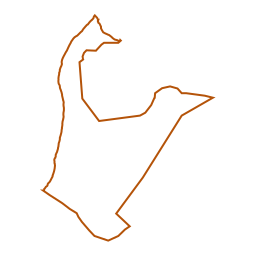 the district of Malgretoute, Soufrière, Saint Lucia
{"feature_id": "8701671B92996832063401", "entity_name": "Malgretoute", "entity_type": "district", "adm_level": 2, "iso_a3": "LCA", "parent_name": "Saint Lucia", "parent_adm1": "Soufrière", "projection": "albers", "projection_center": [-61.062, 13.843], "detail": "fine", "context": "isolated", "style": "outline", "palette": "amber", "viewbox_px": 256, "rotation_deg": 0, "n_neighbors": 0, "source": "geoboundaries", "source_scale": "gbopen_adm2", "svg_char_len": 3421}
<svg xmlns="http://www.w3.org/2000/svg" viewBox="0 0 256 256"><path d="M83.1,59.5L83.0,59.3L82.6,56.5L84.0,52.9L86.5,50.3L95.9,50.7L101.5,44.6L104.0,42.8L114.5,42.8L118.3,42.8L120.8,40.6L120.2,40.0L120.1,40.3L119.5,41.4L117.7,40.4L117.3,40.2L116.5,40.0L114.6,39.5L112.7,38.1L111.5,36.9L110.6,36.2L109.2,35.1L108.1,34.7L107.3,34.3L106.0,33.7L105.6,33.6L103.2,32.3L102.4,30.9L102.1,30.5L101.0,28.3L101.0,26.7L99.5,23.6L98.8,23.1L98.3,22.7L98.0,20.8L98.1,20.5L97.9,20.6L97.9,20.1L97.8,19.1L97.0,17.7L94.8,15.4L94.4,15.9L94.2,16.1L94.0,16.5L93.8,16.8L93.7,17.2L93.6,17.6L93.5,18.1L93.3,18.3L92.9,18.9L92.4,19.4L92.0,19.9L91.8,19.9L91.2,20.5L90.9,20.8L90.6,21.1L90.1,21.5L89.8,22.0L89.4,22.3L89.0,22.9L88.7,23.3L88.3,23.8L88.0,24.2L87.9,24.4L87.7,24.5L87.4,24.6L87.2,24.7L87.0,24.9L86.6,25.2L86.3,25.6L86.0,26.0L85.6,26.3L85.3,26.7L84.8,27.3L84.5,27.7L83.9,28.3L83.3,29.1L82.9,29.6L82.7,30.0L82.1,31.0L81.8,31.3L80.9,32.0L79.9,33.0L79.2,33.7L78.2,34.7L77.5,35.4L77.0,35.8L76.0,36.3L75.3,36.8L74.5,37.3L74.0,37.9L73.4,38.5L72.7,39.5L72.1,40.4L71.5,41.2L70.9,42.3L70.7,42.9L69.6,44.8L68.9,46.2L68.1,47.9L66.9,50.6L66.2,51.6L65.4,53.0L64.9,54.0L63.9,55.8L62.9,57.8L62.2,59.5L61.9,60.6L61.7,61.7L61.7,62.6L61.9,63.8L61.9,64.2L61.6,65.1L61.5,65.5L61.2,66.2L60.5,67.6L60.0,69.2L59.8,69.7L59.8,70.9L59.7,71.4L59.4,72.3L59.2,72.6L59.2,73.4L59.1,73.9L59.1,74.7L59.0,75.1L58.8,75.7L58.6,76.9L58.6,77.3L58.4,78.1L58.5,78.7L58.5,79.6L58.5,79.9L58.4,80.4L58.4,81.0L58.4,81.7L58.5,82.5L58.7,83.7L59.1,84.4L59.5,85.0L59.6,85.3L59.8,86.0L59.9,87.5L60.1,88.3L60.2,88.7L60.5,89.3L60.7,89.9L60.9,90.2L60.9,90.6L61.2,91.3L61.6,92.5L61.8,93.5L62.0,94.1L62.1,94.9L62.1,95.2L62.1,95.7L62.3,96.5L62.9,99.0L63.0,99.8L63.2,100.1L63.2,100.5L63.4,100.9L63.5,101.4L63.6,101.8L63.7,102.5L63.6,103.2L63.5,104.1L63.5,104.8L63.5,105.3L63.6,105.9L63.6,106.3L63.8,107.1L63.9,108.3L63.9,109.1L63.9,110.0L63.8,111.0L63.7,111.5L63.5,112.5L63.4,113.9L63.4,114.8L63.5,115.8L63.6,116.6L63.5,117.3L63.5,117.8L63.2,118.8L63.2,119.2L62.8,120.6L62.5,121.9L62.4,123.3L62.3,123.7L62.4,124.5L62.3,125.5L62.1,126.8L61.9,127.9L62.0,128.1L61.9,128.7L61.7,129.7L61.6,130.0L61.6,130.6L61.5,131.8L61.2,133.2L60.8,134.6L60.6,135.5L60.2,136.6L59.8,138.0L59.9,139.0L59.7,140.1L59.4,141.4L58.9,142.8L58.7,143.3L58.7,144.1L58.5,145.2L58.5,146.0L58.3,146.8L58.1,147.6L58.0,147.9L58.0,148.5L57.9,149.0L57.7,149.6L57.7,149.8L57.4,150.5L57.2,151.4L57.1,151.8L56.3,153.4L56.2,153.8L55.8,154.5L55.7,155.3L55.7,156.3L55.7,156.6L55.4,157.3L55.3,157.8L54.9,158.1L54.6,158.7L54.4,159.3L54.3,159.6L54.3,160.3L54.5,161.2L54.5,162.1L54.5,162.8L54.5,163.2L54.8,163.7L54.8,164.2L55.0,165.8L54.9,166.4L54.8,167.0L54.7,168.2L54.5,169.2L54.2,170.7L53.9,171.8L53.4,173.4L52.9,174.8L52.6,175.5L52.7,175.8L52.6,176.2L52.3,177.1L51.9,177.7L51.3,178.9L50.5,180.5L50.1,181.2L49.8,181.7L49.1,182.5L48.2,183.3L48.0,183.6L47.7,184.2L47.6,184.8L47.4,185.6L47.0,186.1L46.5,186.4L45.8,186.9L45.6,187.3L45.2,187.9L44.8,188.4L44.5,188.7L44.2,189.0L44.2,189.5L44.1,190.0L43.7,190.5L43.1,190.5L49.4,194.9L62.3,203.2L69.7,208.9L76.7,213.2L78.4,216.9L81.9,221.9L89.3,230.5L94.5,236.0L95.2,236.2L108.2,240.6L118.3,236.0L125.0,229.5L129.7,226.3L116.2,213.6L142.8,177.6L181.7,115.6L212.9,97.7L204.8,95.7L186.2,93.2L181.7,93.2L177.5,88.5L170.1,86.4L162.1,88.2L155.1,93.2L154.7,97.9L154.3,98.1L151.2,105.1L145.3,112.7L140.0,115.6L99.1,121.0L82.3,98.6L79.5,62.2L83.1,59.5Z" fill="none" stroke="#b45309" stroke-width="2"/></svg>